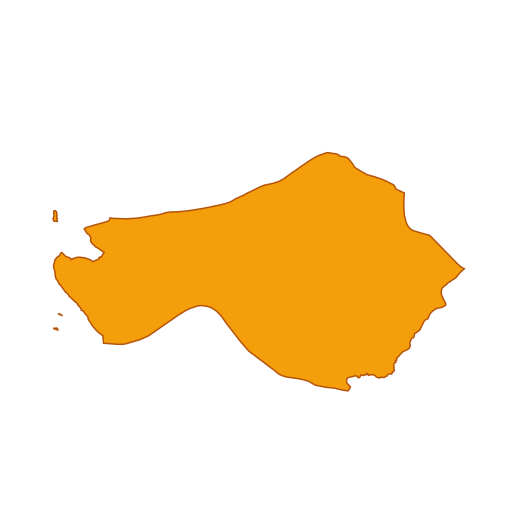 Hat Samran, Trang, Thailand (Robinson projection), rotated 101°
{"feature_id": "78962969B83331029808127", "entity_name": "Hat Samran", "entity_type": "district", "adm_level": 2, "iso_a3": "THA", "parent_name": "Thailand", "parent_adm1": "Trang", "projection": "robinson", "projection_center": [99.606, 7.227], "detail": "fine", "context": "isolated", "style": "filled", "palette": "amber", "viewbox_px": 512, "rotation_deg": 101, "n_neighbors": 0, "source": "geoboundaries", "source_scale": "gbopen_adm2", "svg_char_len": 5984}
<svg xmlns="http://www.w3.org/2000/svg" viewBox="0 0 512 512"><g transform="rotate(101 256 256)"><path d="M370.7,389.0L369.0,374.3L368.1,370.1L367.0,367.0L360.5,354.3L354.9,346.3L329.1,321.2L322.7,314.3L319.8,310.3L316.1,303.7L315.2,300.6L314.8,297.0L314.8,293.6L315.2,290.4L316.1,287.8L317.3,284.9L319.6,281.2L321.9,278.3L328.0,271.9L342.6,255.3L350.5,245.2L351.0,244.4L364.5,216.7L367.2,211.7L367.9,209.9L368.4,207.8L368.8,205.0L368.9,202.8L368.3,189.5L368.5,184.7L369.0,180.4L369.4,179.1L370.8,175.2L371.3,173.5L371.5,171.9L371.5,161.6L370.7,153.8L370.8,151.8L371.1,146.8L370.9,140.0L368.5,138.8L367.0,138.4L366.6,138.4L366.3,138.5L364.7,140.9L363.9,141.9L362.9,142.8L362.5,143.0L361.8,143.2L360.3,143.3L359.1,143.3L358.7,143.1L358.3,142.8L357.5,141.9L356.2,139.0L355.7,137.6L355.3,136.8L354.6,135.7L354.6,134.4L354.8,133.8L355.8,133.0L355.9,132.9L355.9,132.0L355.9,131.8L355.1,131.0L354.6,130.7L353.9,130.5L353.2,130.7L352.8,130.5L352.7,130.1L352.8,127.7L352.7,127.3L352.5,127.1L351.7,126.7L351.5,126.3L351.7,125.7L351.7,125.4L350.8,125.1L350.3,124.8L350.2,124.4L350.2,124.2L350.4,123.8L351.6,123.2L351.6,122.5L351.1,122.2L350.9,121.8L350.2,118.1L350.4,117.2L350.8,116.1L351.9,114.6L351.9,114.4L351.8,113.5L351.8,113.2L352.2,112.6L352.3,112.3L352.0,111.3L351.9,111.0L351.2,110.4L350.8,109.8L350.8,109.6L351.1,109.1L351.1,108.3L351.0,107.9L350.6,106.8L350.3,106.4L349.6,105.8L349.0,104.7L348.8,104.6L348.2,104.6L347.7,104.3L346.4,102.6L346.1,101.9L346.0,101.6L346.1,100.8L346.0,100.5L345.9,100.3L344.6,99.9L343.8,100.1L343.3,99.0L342.7,98.6L341.9,98.4L341.2,98.5L340.1,99.3L338.5,99.4L335.6,100.1L335.0,100.0L334.4,99.6L333.9,98.7L333.4,98.4L333.0,98.8L332.1,99.1L331.9,99.0L331.7,98.8L331.6,98.2L331.4,98.0L329.2,98.5L328.1,97.3L324.8,95.5L322.7,94.1L321.6,93.2L319.3,89.9L318.3,88.8L317.7,88.3L317.0,87.9L316.0,87.6L314.9,87.6L314.1,87.6L312.0,88.4L311.5,88.4L307.5,87.7L306.8,87.3L306.1,85.9L305.7,85.6L304.9,85.4L304.4,85.4L302.5,85.6L301.8,85.4L301.6,85.3L301.2,84.6L300.5,84.0L299.4,82.8L298.2,81.8L297.6,81.4L296.7,80.9L294.5,80.3L289.1,78.9L287.6,78.4L286.6,77.8L284.8,75.4L284.3,75.1L282.5,74.9L280.3,74.4L278.4,73.5L276.4,72.1L274.1,70.0L273.2,68.8L272.2,67.0L271.5,64.9L271.1,64.0L269.9,62.4L268.6,60.9L268.3,60.7L267.4,60.5L266.5,60.8L259.5,66.0L257.6,66.9L255.6,67.4L254.4,67.4L252.2,67.1L251.6,66.9L249.3,65.3L248.7,64.3L246.0,62.6L239.4,55.9L238.2,55.1L233.2,52.5L228.8,49.0L228.4,50.6L227.2,53.5L225.6,56.2L202.7,89.3L201.3,105.1L200.5,108.6L198.8,111.3L196.7,113.3L193.9,115.3L188.0,118.0L181.8,119.7L175.8,121.1L165.8,122.5L163.7,131.4L162.3,132.2L160.3,133.9L159.7,135.2L157.6,142.6L156.7,146.8L155.5,155.3L155.3,159.1L154.9,162.6L153.4,167.4L151.0,174.1L149.8,176.4L147.9,178.0L145.6,180.5L142.9,183.6L142.5,184.2L141.9,186.5L141.7,188.5L142.0,191.7L141.9,192.6L141.0,194.3L140.6,195.4L140.5,196.8L140.8,205.2L141.0,206.0L143.2,210.0L146.2,214.7L149.4,218.7L152.9,222.3L160.2,229.6L164.2,233.3L166.7,235.9L174.4,243.0L175.5,244.2L178.1,247.3L179.4,249.4L181.4,253.1L185.0,261.5L187.5,265.4L188.9,267.3L193.9,273.7L195.3,275.8L198.7,279.8L203.0,286.0L204.1,287.4L205.7,289.0L207.3,290.9L209.8,294.9L210.4,295.9L210.7,296.7L212.9,301.5L219.9,318.3L224.5,331.1L225.6,334.5L227.1,339.6L227.8,342.4L228.7,346.7L229.5,349.5L230.6,352.8L232.4,355.8L234.0,359.2L237.2,368.3L238.8,372.3L239.8,375.1L241.5,380.0L242.5,383.5L243.1,386.2L243.7,388.1L244.3,390.6L245.5,398.2L245.7,400.0L246.4,403.9L246.4,406.0L246.6,406.6L246.7,406.8L247.0,406.8L247.8,406.6L248.5,406.7L249.2,407.1L250.0,407.8L250.4,408.5L251.4,410.4L252.9,413.3L257.0,421.6L257.4,422.2L259.6,426.6L260.7,428.5L261.8,429.7L262.2,429.8L262.6,429.6L262.8,429.5L263.3,428.6L263.6,428.3L265.2,427.1L266.5,425.6L266.5,424.7L266.8,424.1L269.4,421.8L269.9,421.6L272.1,421.5L272.8,421.2L273.5,420.8L274.9,419.4L276.0,417.7L277.6,415.2L277.9,414.1L280.9,407.2L281.4,405.8L286.7,407.8L286.7,408.7L286.8,409.0L287.2,409.5L287.8,409.9L288.7,409.5L292.7,415.0L292.2,415.7L291.5,417.4L291.1,419.2L290.6,422.8L290.5,423.7L290.9,429.5L291.1,430.2L291.8,432.2L292.8,434.0L293.6,435.3L294.4,436.1L294.8,436.4L294.8,437.0L294.1,437.2L293.7,437.5L293.5,437.9L292.8,442.0L292.5,443.0L291.8,444.2L290.2,446.2L289.8,447.1L289.8,447.6L290.0,447.9L290.4,448.2L291.1,448.5L292.5,448.6L293.1,448.9L294.6,450.5L295.9,451.5L298.1,452.6L298.4,452.6L302.2,452.8L302.9,452.9L303.4,453.0L304.6,452.8L307.0,451.9L309.2,450.6L313.2,449.4L315.6,448.4L316.9,447.6L317.5,446.8L318.8,445.6L320.1,444.5L321.5,443.5L321.7,443.1L321.7,442.3L323.5,440.7L327.8,436.1L328.9,433.9L329.5,433.1L330.4,432.3L330.9,432.1L331.4,431.5L332.2,429.9L333.6,427.8L335.5,424.8L335.8,423.6L336.4,423.0L336.5,422.5L336.9,422.1L337.2,422.0L337.5,422.0L337.9,421.6L338.0,421.4L338.9,420.4L339.6,419.5L340.2,418.6L340.7,417.9L341.4,417.5L342.4,417.3L342.7,417.1L342.9,415.2L343.3,414.4L344.6,413.6L345.0,412.8L345.5,412.5L346.0,411.9L347.1,410.1L348.3,409.2L350.2,408.6L354.9,404.1L357.7,400.9L360.7,396.8L363.0,392.1L363.2,391.2L370.7,389.0ZM260.0,457.8L259.9,457.5L259.7,457.5L259.4,458.4L259.3,458.5L258.9,458.4L258.0,458.4L257.7,458.3L257.5,458.1L257.2,458.1L256.8,458.3L256.4,458.6L255.4,459.1L255.1,459.2L254.2,459.1L253.9,459.2L253.8,459.4L253.5,459.4L252.3,459.6L251.6,459.9L250.9,460.2L250.5,460.5L249.9,461.4L249.9,462.3L250.0,462.6L250.4,463.0L251.0,463.0L251.7,462.9L252.0,462.7L253.1,462.5L253.8,462.2L254.7,462.1L256.4,462.0L257.3,462.2L258.6,462.1L259.7,461.7L260.1,461.2L260.4,460.4L260.0,457.8ZM366.0,439.5L366.1,439.3L366.0,439.0L366.4,438.0L366.4,437.6L366.2,437.4L366.3,436.7L366.3,436.4L365.6,436.9L365.3,437.0L365.1,437.2L365.0,437.6L364.8,437.9L364.7,438.1L364.8,438.2L365.1,438.4L365.1,438.7L365.2,438.8L365.3,439.0L365.2,440.1L365.4,440.4L365.6,440.7L365.8,440.5L366.0,440.1L366.2,439.6L366.0,439.5ZM350.7,438.8L351.0,436.8L351.1,436.6L351.1,435.9L351.6,434.8L351.6,434.6L351.4,435.0L350.7,436.0L350.7,436.5L350.4,437.7L350.4,438.2L350.5,438.3L350.4,438.7L350.4,438.8L350.7,438.8Z" fill="#f59e0b" stroke="#b45309" stroke-width="1.5"/></g></svg>